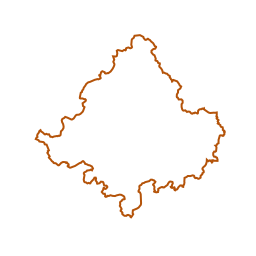 Ambohimahasoa, Haute Matsiatra, Madagascar, rotated 343°
{"feature_id": "10022922B34392392155891", "entity_name": "Ambohimahasoa", "entity_type": "district", "adm_level": 2, "iso_a3": "MDG", "parent_name": "Madagascar", "parent_adm1": "Haute Matsiatra", "projection": "mercator", "projection_center": [47.173, -21.056], "detail": "fine", "context": "isolated", "style": "outline", "palette": "amber", "viewbox_px": 256, "rotation_deg": 343, "n_neighbors": 0, "source": "geoboundaries", "source_scale": "gbopen_adm2", "svg_char_len": 5854}
<svg xmlns="http://www.w3.org/2000/svg" viewBox="0 0 256 256"><g transform="rotate(343 128 128)"><path d="M189.8,101.2L188.7,97.8L185.4,95.3L184.9,95.4L184.0,96.5L183.7,96.5L183.9,94.7L183.3,94.0L183.3,93.0L182.7,91.9L183.2,90.7L183.1,90.3L182.1,89.4L181.2,87.5L180.0,86.9L178.6,85.5L177.5,85.4L177.6,82.8L177.1,80.8L175.9,78.5L176.1,77.6L177.0,76.5L177.3,75.5L175.8,74.5L175.8,73.2L175.6,72.6L174.1,71.6L174.0,71.1L174.8,69.8L174.6,66.2L173.5,65.1L172.5,62.6L173.1,60.9L175.4,59.9L177.2,60.1L178.5,58.9L178.6,58.5L177.6,57.6L176.9,54.3L175.3,51.9L174.7,50.3L173.8,49.5L173.3,48.6L172.8,48.4L171.6,49.0L170.3,48.8L169.3,46.8L169.3,45.4L166.6,42.7L161.2,41.7L159.9,43.4L157.9,44.2L157.3,44.9L155.5,49.3L155.5,51.8L154.8,52.4L153.4,52.4L151.9,51.1L150.0,51.1L149.4,51.3L148.8,52.7L148.3,53.0L147.2,52.2L145.0,52.8L141.2,50.5L139.9,50.8L139.6,53.5L138.4,55.8L137.2,56.1L134.7,55.1L134.8,58.6L133.3,60.4L133.7,62.9L133.4,63.7L132.3,65.2L130.5,67.0L127.9,68.9L125.2,69.8L124.6,69.5L124.1,69.6L122.6,69.4L122.0,68.9L122.0,67.8L120.0,66.2L118.6,66.8L117.3,68.8L115.9,69.1L115.9,69.5L116.7,70.0L116.3,71.0L116.5,72.2L116.0,72.6L113.9,72.8L113.1,72.3L110.3,72.2L104.9,72.8L103.3,72.7L100.9,73.7L99.6,75.0L97.5,76.5L96.4,78.1L95.2,78.7L94.5,80.1L93.2,80.4L90.9,84.6L90.7,85.5L91.0,85.8L93.2,86.5L94.7,87.7L95.5,87.9L95.9,88.7L95.7,89.4L95.2,89.9L91.8,91.1L91.4,93.8L92.5,95.3L90.1,98.5L89.4,99.2L86.7,100.6L85.0,100.9L82.8,100.4L81.7,100.7L78.9,103.0L77.2,103.5L76.3,103.3L73.1,100.4L71.2,99.0L70.1,99.7L67.8,100.2L66.9,101.2L66.7,103.0L67.1,105.3L66.9,107.6L66.3,109.2L64.7,110.7L62.9,111.6L61.5,114.9L61.1,115.2L60.2,115.5L59.5,115.1L58.4,115.3L57.8,114.9L54.6,114.5L53.1,114.7L52.1,113.9L51.2,113.7L50.6,110.9L49.3,110.7L48.2,109.7L46.8,109.9L46.4,109.6L45.0,107.1L43.9,106.0L43.7,104.5L42.5,104.9L41.2,106.5L39.6,107.6L38.9,108.7L38.8,110.1L37.7,110.4L36.6,111.6L38.9,113.5L39.3,115.0L42.9,116.7L43.6,117.6L43.6,119.3L45.3,120.1L45.8,126.3L44.6,126.6L44.5,127.6L43.6,128.2L44.8,132.2L43.7,133.0L43.8,133.5L44.9,135.6L45.5,137.4L46.5,138.7L46.6,139.5L46.9,139.9L48.6,140.6L50.4,143.3L51.2,143.4L54.0,141.8L55.9,141.5L58.0,142.3L58.6,143.3L59.4,143.0L60.1,144.7L60.5,145.1L60.5,146.0L60.1,146.6L59.3,146.6L59.1,147.1L60.9,149.0L61.5,149.1L66.3,148.8L71.5,147.4L72.9,147.5L73.5,147.0L75.1,146.5L75.6,146.7L76.5,148.7L76.5,149.7L78.3,150.9L79.2,151.9L80.5,152.5L82.2,154.2L82.7,156.4L81.2,157.9L80.6,156.9L79.2,157.2L76.4,156.7L75.6,157.3L73.2,157.7L72.6,158.2L72.4,158.9L72.7,160.2L70.6,164.3L70.4,166.0L70.5,166.7L70.8,167.2L72.1,167.9L72.9,169.1L74.4,169.0L75.4,169.9L75.8,169.9L76.8,168.8L80.2,166.9L81.4,165.7L82.6,166.0L82.7,167.0L81.7,168.8L82.4,170.3L82.2,171.6L82.3,172.3L84.6,172.5L86.4,171.4L88.2,172.2L88.5,172.9L88.4,175.7L89.2,176.5L90.5,176.8L91.0,177.7L91.0,178.4L89.6,179.5L88.7,179.7L87.8,179.2L87.7,178.4L87.3,178.1L86.9,178.4L86.4,179.6L84.2,181.5L85.0,183.5L85.7,184.0L86.6,184.1L86.6,185.8L86.1,186.6L86.4,187.2L87.5,187.5L88.7,186.9L89.8,187.4L91.6,187.2L93.4,188.4L95.7,189.3L97.3,189.1L100.6,189.3L102.1,190.0L104.0,192.0L104.3,192.8L104.1,194.9L103.2,195.1L102.5,194.8L101.6,195.0L100.6,195.9L99.1,196.3L98.6,197.0L98.2,198.9L97.4,200.1L98.2,203.2L98.0,203.9L97.0,204.5L96.7,205.1L97.6,206.5L97.9,207.6L97.5,208.0L97.4,208.7L98.5,210.4L99.1,211.0L100.9,211.5L101.8,211.0L102.8,211.2L104.3,212.4L104.4,213.8L104.8,214.3L106.0,213.5L107.8,211.9L107.5,210.8L108.6,208.1L112.9,207.7L114.9,207.2L117.8,205.2L118.5,203.8L120.8,195.0L120.6,193.1L119.5,192.1L119.6,191.3L121.2,189.6L121.8,187.0L122.5,186.5L124.0,186.3L125.5,185.1L127.4,185.2L128.6,184.8L132.7,185.0L134.7,184.1L136.0,184.5L137.0,185.5L137.4,185.5L138.5,187.4L138.0,188.0L135.5,189.3L135.4,189.8L135.9,190.5L136.1,192.2L135.2,194.1L135.4,195.7L134.4,196.3L134.4,196.6L136.2,197.8L137.8,198.0L137.8,197.4L138.7,196.9L139.0,195.2L140.6,194.6L142.9,194.3L143.9,194.6L144.0,195.0L145.0,195.4L149.3,193.9L150.0,192.9L151.8,191.6L152.7,191.5L154.6,192.5L154.8,192.8L154.6,194.1L153.4,195.4L153.0,196.4L152.5,196.7L151.7,196.7L151.7,197.3L152.6,198.2L155.0,198.3L155.1,199.2L154.3,200.2L154.5,201.1L155.1,201.5L156.1,200.9L157.2,201.0L159.0,199.3L161.2,198.2L162.7,198.7L162.9,200.0L163.6,200.4L163.9,199.6L165.3,198.1L166.1,196.5L166.2,195.7L167.5,192.2L169.6,192.0L171.2,191.4L173.6,192.2L176.0,192.2L177.1,192.9L177.3,193.5L177.1,194.5L177.7,195.6L179.1,195.8L180.3,197.1L181.1,197.2L182.9,196.7L183.5,194.9L185.5,194.0L185.9,193.0L187.4,192.5L187.8,191.4L187.7,190.6L187.2,189.4L187.4,188.4L188.6,187.5L190.7,186.6L191.9,185.6L193.4,183.4L194.1,181.4L195.1,183.2L196.4,182.8L197.1,183.1L197.2,183.8L197.9,184.4L198.2,185.5L199.0,185.0L199.2,183.5L200.0,183.7L201.0,184.6L204.0,185.6L204.4,184.4L204.4,182.4L203.6,181.8L203.4,181.1L202.0,180.7L201.8,180.2L201.6,178.8L202.2,176.8L203.6,175.7L204.6,176.2L205.5,175.8L206.9,172.6L206.9,171.3L206.5,170.4L207.5,170.5L208.9,169.2L210.1,169.1L211.1,165.9L213.5,162.2L214.1,162.0L215.1,162.3L216.4,163.3L216.9,163.3L217.2,162.6L218.0,162.5L218.5,161.9L218.7,160.1L219.4,160.0L219.3,158.7L218.6,158.4L218.1,157.5L218.5,156.5L218.7,155.0L217.3,154.1L217.0,153.2L217.2,152.2L215.3,150.1L216.1,149.7L215.7,149.2L215.9,148.6L215.7,147.9L216.9,146.9L216.8,146.5L216.2,146.2L215.5,144.8L215.7,144.4L216.5,144.1L216.5,143.3L216.0,143.1L215.9,142.7L216.7,141.5L217.4,139.1L215.6,138.9L214.8,138.5L211.0,137.7L209.6,136.8L206.3,132.6L206.4,131.4L205.4,131.7L204.7,131.1L203.8,131.5L202.4,131.1L201.2,131.3L200.2,131.9L199.1,134.4L198.7,134.5L196.7,132.8L195.4,133.2L194.8,132.8L193.5,133.1L192.6,132.3L191.8,130.5L190.2,129.8L189.1,129.9L188.0,127.9L186.1,127.6L185.6,127.1L185.3,125.9L185.4,123.6L186.2,120.9L187.3,120.2L187.8,119.4L188.2,117.7L187.5,116.3L184.8,115.5L184.5,113.5L183.8,113.0L183.8,112.2L184.6,110.1L186.2,108.7L186.9,106.5L189.6,105.5L191.0,103.8L189.9,102.5L189.8,101.2Z" fill="none" stroke="#b45309" stroke-width="2"/></g></svg>